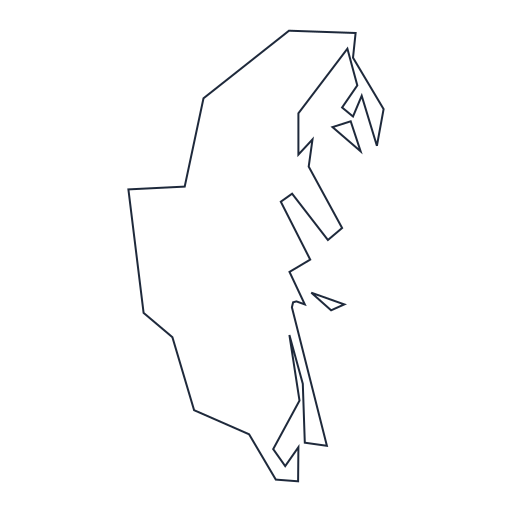 outline of Khánh Hòa
{"feature_id": "VNM-479", "entity_name": "Khánh Hòa", "entity_type": "Province", "adm_level": 1, "iso_a3": "VNM", "parent_name": "Vietnam", "parent_adm1": "", "projection": "equal_earth", "projection_center": [109.201, 12.32], "detail": "coarse", "context": "isolated", "style": "outline", "palette": "slate", "viewbox_px": 512, "rotation_deg": 0, "n_neighbors": 0, "source": "natural_earth", "source_scale": "10m", "svg_char_len": 721}
<svg xmlns="http://www.w3.org/2000/svg" viewBox="0 0 512 512"><path d="M355.6,33.0L353.0,57.7L383.6,109.1L376.9,145.8L361.7,95.8L353.0,116.5L342.1,107.5L357.3,85.4L347.4,48.7L298.4,113.3L298.4,154.6L312.5,139.4L308.7,166.6L342.1,228.0L327.9,240.0L292.1,193.7L280.8,201.7L310.2,259.6L289.5,271.9L304.8,304.4L296.4,301.4L293.1,302.3L291.9,307.3L326.9,445.8L304.8,442.7L302.8,383.8L289.4,335.0L299.5,400.6L273.2,449.1L285.2,466.1L298.4,447.2L298.1,481.3L275.8,479.6L249.1,434.3L194.1,410.2L172.4,337.2L143.6,312.9L128.4,189.4L184.7,186.6L203.5,98.3L289.0,30.7L355.6,33.0ZM350.7,121.3L360.6,151.3L332.5,127.1L350.7,121.3ZM311.3,292.7L344.3,304.4L331.1,310.3L311.3,292.7Z" fill="none" stroke="#1e293b" stroke-width="2"/></svg>